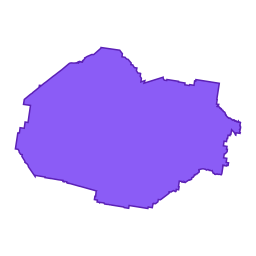 Lockhart, New South Wales, Australia (Natural Earth projection)
{"feature_id": "25037944B87274721652905", "entity_name": "Lockhart", "entity_type": "district", "adm_level": 2, "iso_a3": "AUS", "parent_name": "Australia", "parent_adm1": "New South Wales", "projection": "natural_earth1", "projection_center": [146.896, -35.322], "detail": "fine", "context": "isolated", "style": "filled", "palette": "violet", "viewbox_px": 256, "rotation_deg": 0, "n_neighbors": 0, "source": "geoboundaries", "source_scale": "gbopen_adm2", "svg_char_len": 5448}
<svg xmlns="http://www.w3.org/2000/svg" viewBox="0 0 256 256"><path d="M79.7,186.3L80.0,186.3L96.3,190.9L96.2,191.0L95.6,196.4L94.9,196.3L94.4,199.6L97.4,200.1L97.1,202.0L98.6,202.2L98.7,202.3L99.4,202.5L99.6,202.7L99.7,202.4L103.9,202.9L103.9,203.0L104.6,204.0L104.8,204.0L107.1,204.4L107.6,204.4L108.8,204.5L109.2,204.7L110.2,204.8L110.5,204.8L111.0,204.9L111.3,205.0L123.6,207.0L124.2,207.6L128.7,208.3L129.1,205.5L147.9,208.5L148.2,207.0L152.3,207.7L153.0,203.7L153.7,203.8L153.8,203.4L155.5,203.7L157.9,201.8L158.3,199.5L160.3,199.8L160.8,199.4L161.0,199.4L168.9,193.4L169.0,193.3L168.9,192.3L169.5,192.4L169.5,191.8L171.2,192.0L172.4,191.1L172.9,191.1L173.4,190.6L173.9,190.6L174.5,191.0L175.2,191.6L175.7,191.6L176.0,191.3L176.3,189.4L178.6,189.8L179.1,186.8L178.5,186.7L178.8,184.3L179.3,181.1L182.0,181.5L181.9,182.0L184.7,182.4L184.6,182.0L185.2,182.5L187.8,180.7L189.1,179.9L189.3,180.1L189.7,180.2L189.8,179.9L190.7,179.6L191.2,179.5L191.7,179.0L191.8,178.7L191.6,178.2L191.7,177.9L192.1,177.5L192.4,177.3L193.2,177.2L193.3,177.1L194.2,175.8L194.2,175.1L194.9,174.6L195.6,174.9L196.3,173.9L197.3,173.8L197.8,173.1L199.2,172.0L199.2,171.2L198.9,170.7L199.2,170.4L198.9,169.6L199.6,169.5L201.0,169.1L202.2,168.9L203.3,168.8L204.3,169.1L205.1,169.2L205.7,169.4L206.2,170.0L206.7,170.1L207.9,169.5L208.8,169.8L209.1,170.4L209.2,170.5L210.0,170.2L210.2,170.3L210.9,170.7L211.5,170.8L211.8,170.8L212.1,170.6L212.3,171.0L212.5,171.4L212.9,172.6L213.3,173.3L213.5,173.2L214.2,173.4L214.8,174.1L214.8,174.3L215.2,174.4L215.8,174.4L216.3,174.0L217.0,174.2L217.6,174.0L218.1,174.4L218.6,174.4L218.9,174.3L219.6,174.3L220.4,174.6L221.4,174.7L221.9,173.2L222.9,166.7L222.7,166.7L222.9,165.1L224.0,165.2L224.0,165.6L226.7,166.0L226.8,165.2L228.1,165.4L228.5,162.8L226.2,162.4L226.8,158.3L223.6,157.8L224.3,153.9L225.1,153.8L225.4,153.6L227.1,151.7L227.4,149.3L226.5,149.2L227.0,146.4L223.4,145.8L224.1,141.2L226.5,141.6L227.0,138.4L227.6,138.5L228.1,135.2L230.0,135.6L230.2,134.3L230.9,134.4L231.6,129.7L234.3,132.5L235.6,135.1L235.8,135.2L236.1,132.8L240.0,133.4L240.0,133.0L240.3,132.4L240.0,132.1L239.9,132.1L239.8,132.4L239.7,132.4L239.6,131.9L239.7,131.6L239.6,131.2L240.2,130.0L240.1,129.7L239.7,129.5L239.6,129.4L240.0,129.0L240.4,128.8L240.5,128.5L240.3,127.8L240.6,127.4L240.5,127.2L240.6,126.9L240.5,126.7L240.2,126.5L240.0,126.1L239.9,125.8L240.1,125.7L239.9,125.3L240.1,125.0L239.9,124.5L240.0,124.3L240.2,123.9L240.3,123.4L240.2,123.0L240.5,122.6L240.3,122.3L239.8,122.1L239.3,122.1L238.5,122.2L238.6,121.7L238.4,121.1L238.0,121.7L237.8,121.8L237.6,121.8L237.5,121.6L237.0,121.5L236.5,121.7L236.4,121.6L236.4,121.1L235.9,120.8L235.6,120.8L235.4,120.8L235.3,121.1L235.2,121.2L234.8,121.1L234.7,121.0L234.7,120.4L234.5,120.1L234.4,120.0L234.1,119.9L233.7,120.0L233.4,119.8L233.1,120.0L233.0,120.3L232.8,120.3L232.5,120.1L232.4,119.9L231.8,119.6L231.7,119.2L231.0,118.9L230.8,118.7L230.4,118.5L230.3,118.2L230.2,118.2L230.0,118.4L229.9,118.4L229.7,118.2L229.4,118.1L229.2,117.9L228.8,117.9L228.5,118.1L228.4,118.0L228.3,117.7L228.2,117.5L227.6,117.3L227.5,117.1L227.3,116.9L227.2,116.7L226.9,116.6L226.5,116.2L226.4,115.7L226.3,115.2L226.2,115.2L226.0,115.4L225.8,115.3L225.7,115.2L225.7,114.8L225.7,114.6L225.3,114.2L225.4,113.9L225.3,113.6L225.3,113.2L225.0,112.8L224.7,112.2L224.2,111.8L223.3,111.6L223.2,111.4L223.2,111.1L223.0,110.9L223.0,110.5L222.7,110.2L222.4,110.2L222.2,110.1L221.9,109.8L221.7,109.7L221.7,109.4L221.4,109.1L221.4,108.8L221.3,108.7L221.0,108.7L220.9,108.5L220.8,108.4L220.7,108.6L220.7,108.8L220.4,108.6L220.5,108.4L220.3,108.1L220.2,107.9L219.9,107.9L219.5,107.7L219.5,107.4L219.3,107.2L219.1,107.0L218.8,106.3L218.6,106.4L217.9,106.3L217.6,106.6L217.1,106.5L218.3,104.8L218.6,104.4L216.5,104.1L217.2,99.5L216.8,99.4L219.3,83.3L195.9,79.6L195.7,81.1L194.6,80.9L194.0,85.3L189.7,84.6L189.2,85.5L184.8,84.8L185.0,83.0L178.4,81.9L178.5,81.3L166.9,79.5L166.7,80.5L164.4,80.2L164.2,79.9L163.8,79.6L163.5,79.1L163.1,77.6L163.1,77.2L144.0,83.2L144.8,81.0L144.9,80.6L140.9,81.9L141.4,78.3L140.2,76.4L140.6,73.5L140.3,73.4L140.2,73.3L137.9,73.0L136.4,70.7L136.9,68.0L134.4,67.6L132.7,65.0L132.7,64.9L130.9,64.6L131.2,63.0L128.8,60.2L128.2,59.4L126.7,59.0L125.8,58.2L125.1,57.3L122.0,56.8L122.4,53.7L119.7,50.2L101.0,47.5L100.9,48.2L100.8,48.3L93.9,54.4L93.7,54.5L93.1,54.6L92.3,54.5L91.8,54.5L90.8,54.9L89.7,55.4L87.1,56.5L85.7,57.4L84.8,57.8L85.0,58.2L82.8,61.1L82.7,61.0L82.6,61.5L82.2,61.5L82.2,62.2L81.3,62.2L80.8,61.9L80.6,61.6L80.0,61.8L79.5,61.5L79.3,61.4L79.2,61.5L79.3,61.8L79.3,62.0L79.2,62.2L78.5,61.8L78.2,61.8L78.1,62.0L78.3,62.6L78.3,63.1L78.0,63.1L77.7,62.9L77.5,62.4L77.3,62.5L76.8,62.7L76.6,63.0L76.2,63.1L76.0,62.9L73.8,63.1L71.1,62.9L69.8,63.2L69.2,63.5L61.7,69.8L58.4,72.3L55.2,74.8L53.0,76.4L46.2,81.8L44.0,83.4L40.2,86.5L40.3,85.4L39.4,85.3L39.0,87.5L32.7,92.6L32.5,93.0L32.3,93.1L30.5,94.3L24.3,99.4L23.5,104.4L30.5,105.4L28.0,122.5L25.1,122.0L24.2,128.3L20.1,127.7L19.4,132.9L18.7,132.9L18.5,133.1L18.2,132.9L18.1,133.0L17.9,132.9L17.8,133.0L17.4,135.8L15.4,148.9L18.0,149.3L19.1,150.9L19.1,152.0L20.6,154.3L22.2,154.6L21.9,156.4L24.7,160.9L24.9,161.4L24.9,162.4L25.5,162.6L26.1,163.3L26.9,163.7L28.1,165.3L28.2,165.7L28.3,166.4L28.5,166.9L35.1,176.5L35.3,175.4L45.1,177.0L45.0,177.6L50.5,178.5L50.5,178.4L58.5,179.8L63.0,180.4L62.9,181.5L64.1,181.9L64.2,181.4L66.8,181.8L66.7,182.7L68.3,183.1L68.2,183.3L69.5,183.5L69.5,183.4L79.7,186.3Z" fill="#8b5cf6" stroke="#5b21b6" stroke-width="1.5"/></svg>